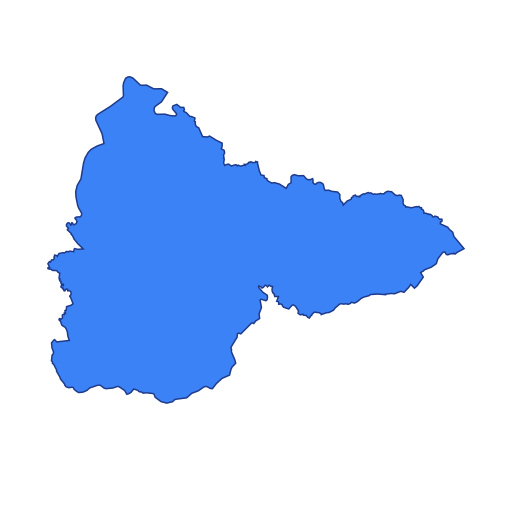 outline of Mueang Chanthaburi, Chanthaburi, Thailand, rotated 98°
{"feature_id": "78962969B33919440626179", "entity_name": "Mueang Chanthaburi", "entity_type": "district", "adm_level": 2, "iso_a3": "THA", "parent_name": "Thailand", "parent_adm1": "Chanthaburi", "projection": "albers", "projection_center": [102.113, 12.63], "detail": "fine", "context": "isolated", "style": "filled", "palette": "blue", "viewbox_px": 512, "rotation_deg": 98, "n_neighbors": 0, "source": "geoboundaries", "source_scale": "gbopen_adm2", "svg_char_len": 6117}
<svg xmlns="http://www.w3.org/2000/svg" viewBox="0 0 512 512"><g transform="rotate(98 256 256)"><path d="M200.8,70.1L198.5,78.0L196.4,78.0L196.1,76.9L195.6,76.7L194.5,76.7L193.6,77.2L194.0,78.8L193.5,80.4L192.1,81.3L191.6,84.4L192.6,85.2L192.6,86.5L191.5,87.2L190.5,89.0L190.8,90.4L190.3,90.8L190.7,91.6L190.1,92.7L190.0,94.8L190.3,95.6L188.2,96.2L186.8,97.3L186.6,98.6L185.1,98.9L185.3,100.4L184.2,101.6L185.0,103.2L184.7,103.9L186.7,109.0L186.3,113.3L186.8,114.4L185.6,115.0L185.0,116.7L183.1,117.8L179.7,118.1L175.8,120.6L175.7,122.4L176.5,124.2L176.2,126.7L173.5,130.6L173.6,134.8L175.2,137.0L176.6,137.9L177.0,140.4L176.7,141.6L177.3,142.5L178.1,145.6L178.0,147.1L178.6,148.1L177.5,151.2L178.0,152.2L177.5,153.7L179.5,157.2L179.6,158.5L182.0,161.5L182.8,161.4L183.1,162.1L182.6,163.2L183.1,164.6L181.8,166.1L182.9,168.1L184.1,168.3L184.8,169.5L186.6,169.7L188.9,173.4L193.4,176.7L191.2,177.6L190.1,179.4L187.4,181.0L183.5,181.5L181.3,184.0L181.4,190.3L180.7,192.9L181.4,196.6L179.9,197.8L176.0,199.2L175.0,200.1L174.1,202.6L174.5,204.6L175.7,206.4L176.6,206.8L176.7,208.1L175.3,210.0L173.1,210.0L171.5,210.7L172.8,212.8L173.2,215.5L172.6,216.8L169.8,220.1L170.7,225.3L170.1,229.3L171.2,231.4L172.5,232.3L178.6,231.5L180.7,234.0L184.8,235.5L181.5,242.8L180.8,248.0L181.6,250.5L180.5,253.4L179.5,255.5L177.9,255.9L177.4,258.5L175.2,259.3L175.1,262.3L171.3,264.5L163.7,267.5L162.7,267.5L162.4,269.4L163.2,269.4L164.0,271.7L163.4,274.2L164.1,274.6L163.9,275.4L164.5,276.5L165.4,276.5L166.9,278.9L166.8,280.0L167.8,279.5L167.6,280.6L168.8,282.6L169.1,284.1L168.5,286.3L169.4,287.1L168.5,288.1L168.5,289.1L170.3,293.0L168.8,295.9L169.6,298.2L170.7,299.5L168.5,301.0L164.4,300.9L163.7,301.7L162.9,301.4L161.6,302.0L159.9,302.0L158.5,301.4L156.3,302.0L155.8,302.3L154.6,305.3L152.2,304.8L149.0,305.2L146.8,311.7L143.7,318.7L144.9,320.6L145.2,325.5L137.0,330.6L136.1,333.1L134.1,334.4L131.5,334.8L131.1,335.8L127.9,335.6L126.8,339.5L127.1,340.8L123.7,345.0L122.9,347.7L122.1,347.9L121.2,347.2L118.9,348.2L119.3,351.5L116.9,355.5L118.9,359.1L120.4,359.5L122.0,359.1L126.2,354.5L127.6,354.5L128.6,355.6L128.9,360.5L128.2,365.9L129.5,373.8L128.8,375.6L126.0,377.3L123.1,377.3L121.3,376.1L116.6,371.1L106.3,366.3L103.5,372.8L104.7,380.5L102.0,388.2L102.9,393.0L102.8,394.4L96.9,402.7L96.1,405.7L96.4,407.6L98.1,409.8L102.4,411.1L106.0,411.3L115.5,409.6L117.1,409.9L127.9,420.8L137.9,432.6L139.7,433.8L141.8,434.0L144.0,433.4L156.4,425.4L165.8,422.2L169.1,428.5L173.3,434.1L176.8,436.6L182.6,438.9L187.7,439.7L204.1,440.1L211.1,442.9L217.4,443.5L222.9,442.4L230.8,439.6L232.9,438.5L237.8,434.7L239.7,434.4L241.6,435.3L242.4,439.2L243.3,440.5L244.1,440.4L245.5,438.8L247.0,438.0L249.2,438.8L250.5,441.0L248.8,442.4L248.7,443.0L250.7,443.3L251.2,443.7L249.3,445.3L249.2,446.6L249.9,447.5L251.5,448.1L252.8,447.8L254.6,445.6L256.3,446.5L259.5,442.0L260.2,442.1L261.5,440.4L264.4,438.7L268.6,434.2L273.0,428.1L274.2,433.4L273.9,436.6L274.5,437.0L277.1,437.1L277.1,441.1L277.9,442.4L277.9,444.5L279.5,445.8L279.6,447.6L280.9,451.4L284.0,452.7L283.3,453.3L283.1,455.5L285.3,455.9L286.1,455.4L288.0,456.0L288.3,457.9L290.6,458.7L290.3,459.8L292.6,461.0L296.0,458.8L296.6,460.4L297.5,460.2L297.8,458.6L297.6,457.0L298.6,455.7L298.2,451.4L299.9,449.5L300.3,447.9L305.2,448.0L306.0,446.9L306.4,447.5L307.0,447.3L308.0,446.7L308.3,445.6L309.5,445.6L311.1,444.6L310.6,443.2L311.5,442.5L312.1,442.7L312.2,444.6L313.8,444.9L314.6,443.7L314.6,442.6L315.6,442.6L315.9,442.0L317.2,441.2L317.1,440.3L315.6,440.1L315.1,438.0L316.7,437.6L316.3,435.8L317.3,434.3L319.8,433.7L321.1,434.7L322.0,434.8L322.5,434.0L328.8,430.5L330.5,432.3L332.5,436.5L336.0,436.4L336.6,437.6L339.2,436.8L339.1,437.8L340.7,437.6L340.7,438.8L341.5,439.6L344.4,439.0L346.1,440.6L345.3,441.2L345.3,441.9L346.6,442.2L348.4,440.0L349.5,439.8L351.7,438.4L353.2,435.0L354.9,433.6L357.4,432.3L362.2,430.9L365.6,429.1L368.8,441.4L366.8,443.8L367.5,444.6L370.5,446.4L375.4,445.2L379.3,443.1L381.2,443.2L382.5,444.1L388.2,444.0L389.1,442.8L390.7,442.6L391.4,441.3L396.5,437.7L398.0,437.4L403.1,433.4L405.1,432.4L409.4,427.8L410.6,427.3L411.9,425.9L412.5,423.1L411.5,419.7L411.7,418.7L413.5,417.4L415.2,414.5L415.9,412.5L414.9,408.4L412.7,404.8L409.8,402.3L406.0,394.8L405.7,393.1L405.8,391.8L407.9,388.3L408.3,386.2L406.6,379.2L404.5,375.2L404.5,373.4L407.5,367.3L410.9,364.7L409.8,362.4L408.4,360.8L404.7,358.5L405.5,354.4L406.6,352.9L406.7,350.1L407.5,348.8L406.7,345.1L406.5,338.8L407.2,337.6L409.9,336.2L413.4,329.9L414.1,323.9L411.9,318.3L409.8,316.8L409.0,315.4L406.1,304.9L400.9,300.5L397.5,294.3L392.6,289.0L392.1,286.6L393.5,282.8L393.5,280.7L388.0,277.6L381.9,272.6L377.6,265.6L371.7,265.0L369.2,264.2L365.0,261.2L362.0,262.4L354.3,267.0L352.2,267.2L349.9,268.1L339.0,263.4L335.6,263.6L334.8,262.6L335.2,260.2L323.1,251.1L322.7,250.2L323.2,248.8L320.4,247.3L317.4,243.7L312.9,244.9L306.3,243.4L299.2,245.8L298.4,245.4L298.1,244.7L298.9,240.1L298.5,239.4L297.5,238.9L295.0,238.9L293.3,239.4L290.8,244.4L286.9,248.8L285.7,249.3L285.3,249.0L286.0,246.6L286.9,245.6L286.0,244.3L283.7,242.9L283.8,241.5L285.0,240.4L283.0,238.8L284.0,237.0L284.0,235.3L286.9,235.5L288.7,235.0L290.1,234.3L290.8,233.0L293.5,231.8L293.0,228.1L298.0,229.2L298.2,227.6L298.8,227.0L300.6,226.8L300.0,224.5L300.6,223.4L301.6,222.9L302.9,221.5L303.9,216.2L299.8,213.5L299.2,212.4L300.3,209.9L304.4,206.3L306.9,206.4L308.1,203.9L307.1,201.4L308.0,200.9L307.9,197.9L309.5,196.3L310.0,194.5L307.3,193.2L307.1,192.6L305.6,192.3L303.4,190.2L303.4,185.3L304.3,183.3L304.9,183.2L302.4,178.4L301.8,175.8L298.9,171.7L296.6,170.5L291.8,166.3L291.3,164.0L291.5,162.7L290.8,160.1L291.0,157.9L289.8,155.9L288.6,155.2L288.9,151.9L287.1,149.3L283.3,145.9L281.6,143.4L279.6,138.6L278.2,137.2L276.7,130.0L276.3,122.4L275.8,122.5L274.3,116.9L274.1,113.5L270.9,107.9L271.3,104.3L265.8,100.4L262.6,98.8L265.8,94.6L263.3,92.4L253.6,87.4L249.5,90.7L247.6,88.2L246.1,87.1L242.7,80.9L238.5,76.4L233.4,75.5L226.5,71.6L225.7,69.6L228.0,67.7L228.1,66.2L226.6,63.3L226.4,61.0L225.7,60.8L226.4,59.1L224.4,57.3L219.8,51.0L209.2,62.7L205.1,64.5L202.7,68.3L200.8,70.1Z" fill="#3b82f6" stroke="#1e3a8a" stroke-width="1.5"/></g></svg>